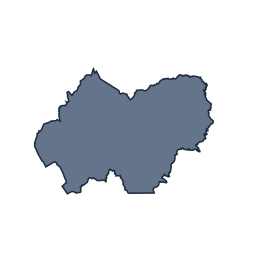 the district of Cotija, Michoacán, Mexico, rotated 235°
{"feature_id": "50627088B95001723612139", "entity_name": "Cotija", "entity_type": "district", "adm_level": 2, "iso_a3": "MEX", "parent_name": "Mexico", "parent_adm1": "Michoacán", "projection": "albers", "projection_center": [-102.699, 19.751], "detail": "fine", "context": "isolated", "style": "filled", "palette": "slate", "viewbox_px": 256, "rotation_deg": 235, "n_neighbors": 0, "source": "geoboundaries", "source_scale": "gbopen_adm2", "svg_char_len": 5761}
<svg xmlns="http://www.w3.org/2000/svg" viewBox="0 0 256 256"><g transform="rotate(235 128 128)"><path d="M117.4,217.4L118.4,217.3L118.8,217.7L119.8,217.7L119.9,217.4L119.5,216.5L119.8,216.3L121.1,216.1L121.7,216.4L122.3,216.4L122.9,216.3L123.5,215.5L124.8,216.1L125.8,216.2L127.3,215.8L127.9,216.4L128.1,215.3L129.0,215.3L129.4,215.0L132.8,211.7L132.8,211.0L133.4,210.6L133.3,210.0L134.2,209.2L133.9,208.0L134.2,207.7L135.0,208.0L135.7,207.4L136.7,207.4L137.3,205.9L138.3,205.9L138.4,204.5L139.0,204.1L139.1,202.4L139.9,202.5L141.6,201.5L141.7,200.1L142.1,199.8L141.6,198.5L141.7,198.1L140.9,195.2L141.8,194.3L142.1,193.7L143.0,193.6L142.9,193.2L142.5,192.6L143.5,191.5L143.5,190.8L145.2,189.1L145.6,189.4L146.2,188.3L146.1,188.0L146.2,187.8L147.3,186.6L147.1,185.6L148.1,184.8L147.8,183.8L147.9,183.3L148.2,182.8L148.0,180.9L147.5,180.3L147.5,179.6L147.0,179.1L146.9,178.5L147.3,177.8L147.8,177.5L147.5,177.3L147.4,176.8L147.6,176.6L147.6,176.0L148.3,174.1L148.0,172.8L148.6,172.6L149.5,171.8L149.8,171.5L149.9,170.6L149.6,169.5L148.9,168.9L148.8,168.6L149.0,167.9L148.6,167.6L148.6,166.9L148.3,165.7L148.3,164.3L149.2,162.8L149.9,162.2L150.7,161.9L154.0,156.7L153.6,156.5L153.3,155.9L152.9,154.9L152.9,153.5L151.4,152.4L150.5,150.8L150.0,149.1L149.9,146.8L149.7,146.2L150.5,146.0L154.0,146.0L154.9,145.8L156.0,146.4L156.8,146.2L157.2,145.6L159.4,144.0L159.9,142.8L160.3,141.2L161.2,141.0L162.9,141.7L163.7,141.9L165.0,141.5L183.3,133.8L184.3,133.6L192.7,134.7L192.1,132.1L194.7,133.0L195.8,133.7L196.3,133.7L195.3,132.1L191.9,127.8L193.7,126.8L195.1,124.6L195.1,122.9L193.8,120.5L193.7,115.9L194.2,116.0L191.8,114.7L190.6,113.3L190.6,112.1L189.9,110.3L188.0,108.1L188.3,104.7L186.9,101.3L187.4,101.3L187.3,100.6L191.9,100.3L192.3,98.9L191.7,98.1L189.9,97.7L189.5,97.5L189.0,96.6L183.6,94.9L183.6,94.6L184.1,93.2L184.4,92.7L184.8,92.5L183.3,92.3L183.1,91.6L182.7,91.0L182.9,90.8L182.5,90.3L182.3,89.3L182.9,89.0L183.1,88.4L183.8,87.6L183.8,87.1L184.2,86.8L184.2,86.2L184.7,84.8L184.6,84.5L183.7,84.3L183.9,83.6L183.8,82.5L182.5,82.4L182.5,82.0L181.7,81.4L181.6,80.9L180.4,80.9L179.2,79.7L179.2,79.4L178.5,79.2L177.1,78.2L174.0,76.8L172.5,76.4L175.5,74.7L175.4,73.2L175.7,72.3L176.4,71.4L176.8,70.4L177.6,69.5L177.8,68.9L177.9,66.7L179.5,61.3L176.9,57.3L175.8,55.0L176.1,54.2L175.9,53.9L176.7,53.4L176.5,53.2L175.7,53.1L175.6,52.2L175.4,51.5L175.7,50.8L175.5,50.2L174.1,49.4L169.3,42.9L168.8,43.1L168.1,42.1L166.7,41.1L158.0,39.4L150.3,38.7L148.5,39.2L144.1,38.6L143.4,38.3L143.4,39.2L143.1,39.6L143.1,42.5L142.7,45.0L142.7,47.2L142.2,47.8L142.5,48.4L141.4,49.1L139.9,49.5L138.8,48.8L134.8,49.9L127.4,48.7L123.5,47.5L121.2,47.3L118.8,46.4L118.0,40.6L108.9,40.6L108.2,45.7L106.5,47.3L104.2,48.4L104.3,48.8L103.0,51.2L102.7,52.6L105.4,54.6L107.0,55.1L106.6,56.4L106.8,57.0L107.5,57.2L107.6,57.8L106.9,58.5L106.5,59.3L106.8,60.6L106.9,63.4L107.3,64.2L107.9,64.8L108.6,66.0L109.4,66.9L109.4,67.7L109.2,68.0L107.9,69.2L107.2,69.3L107.2,69.9L106.7,70.9L106.8,71.2L102.3,72.8L98.8,78.8L97.9,78.8L97.4,79.1L96.8,78.8L96.6,79.0L97.4,79.8L97.5,80.1L98.7,80.2L99.4,81.3L99.1,81.6L99.3,82.0L99.9,82.0L100.3,82.4L101.1,82.6L101.3,82.8L101.3,84.5L102.3,85.6L102.0,86.1L103.3,86.9L104.5,88.7L104.3,89.3L104.4,89.8L103.0,89.8L103.0,90.2L101.4,90.8L101.5,91.2L101.1,92.1L101.0,91.9L99.9,92.1L98.8,91.5L98.5,91.6L98.3,90.8L98.2,90.7L97.8,91.1L96.7,91.2L96.2,91.1L95.7,91.2L95.6,90.9L94.0,93.3L93.5,93.6L93.4,94.4L92.4,94.2L91.4,93.2L90.2,93.7L88.8,93.7L88.1,93.2L87.5,93.6L87.0,93.2L85.8,92.5L84.7,91.6L82.4,91.7L81.7,91.1L81.2,91.5L80.8,91.4L80.1,90.9L79.8,90.3L79.0,90.0L78.5,90.3L77.7,91.1L77.0,91.2L74.9,90.8L74.6,91.0L74.6,91.4L73.8,91.7L59.7,112.2L63.5,113.4L64.0,114.6L63.9,116.1L63.2,118.2L63.3,119.1L63.7,120.4L65.6,122.3L65.8,123.1L65.4,123.8L64.7,123.9L64.0,125.1L62.6,126.6L62.4,127.2L61.4,127.6L61.2,128.1L61.5,128.8L62.6,128.9L63.7,128.8L64.4,128.3L66.0,128.0L67.7,127.0L68.4,127.5L68.3,129.3L68.5,129.9L69.1,130.4L69.2,130.8L68.7,130.6L68.4,131.3L67.5,131.4L66.7,131.9L66.4,132.5L65.4,132.8L65.4,132.7L65.0,132.9L64.6,134.1L66.2,134.5L66.4,134.4L66.8,134.7L67.0,135.5L67.8,135.7L67.6,136.5L67.9,136.7L67.6,137.1L67.9,137.8L69.1,138.8L71.5,141.3L72.9,141.6L73.1,142.2L73.5,142.6L73.8,143.3L73.7,145.2L73.9,146.0L75.0,147.9L76.1,149.0L77.1,149.6L78.0,150.4L78.1,150.8L78.6,150.9L78.4,152.7L78.7,152.9L78.8,153.2L78.7,153.5L79.3,153.5L80.5,154.1L80.6,154.5L81.5,155.8L81.4,157.3L81.2,157.8L80.9,157.9L80.6,158.7L80.0,159.4L80.1,159.7L80.6,160.1L80.5,161.2L78.8,161.4L76.2,163.8L76.4,164.4L76.2,164.6L74.9,165.2L75.8,166.1L73.5,167.0L73.3,167.3L73.1,167.4L72.9,167.8L73.0,168.1L72.4,168.8L72.2,170.6L71.9,171.3L70.9,171.6L70.3,171.5L68.1,172.4L67.4,173.2L67.7,173.7L68.6,173.6L69.4,173.2L70.4,173.2L70.5,173.6L70.3,174.1L70.8,174.3L71.4,173.7L72.9,174.1L74.2,173.9L74.8,173.4L75.5,174.2L75.1,175.2L74.6,175.7L75.5,177.3L75.3,179.1L74.8,179.9L74.4,181.2L74.4,182.5L75.0,183.3L74.7,185.3L74.9,185.8L76.3,185.9L77.7,186.9L78.9,186.3L79.4,186.7L79.3,187.2L77.6,188.2L77.5,189.0L78.5,189.4L79.9,189.5L80.6,190.0L80.6,190.5L79.9,191.8L80.4,192.3L81.4,191.4L81.9,191.3L82.2,191.9L82.0,193.8L82.2,194.7L82.7,195.0L82.8,196.0L83.5,197.4L83.5,198.5L83.2,199.6L83.3,200.4L83.5,200.7L83.9,200.9L84.0,201.2L84.9,201.8L86.6,201.5L87.6,201.0L88.9,201.2L89.2,201.1L92.4,201.3L92.7,201.5L93.4,202.8L95.3,203.0L95.4,203.3L96.4,204.0L96.3,204.5L95.6,205.0L95.4,205.8L96.3,205.6L96.7,206.1L96.6,207.2L98.9,208.9L99.8,210.0L105.6,208.6L109.3,209.4L110.3,209.9L110.4,210.5L111.8,209.8L112.0,210.5L111.9,211.7L113.1,211.6L113.6,211.8L114.2,211.3L114.8,211.3L115.1,211.8L115.4,211.6L115.8,212.0L114.6,213.0L115.0,214.1L115.2,214.3L116.6,214.2L116.7,214.5L116.2,215.1L116.3,215.4L117.3,215.6L117.4,215.8L117.2,216.6L117.4,217.4Z" fill="#64748b" stroke="#1e293b" stroke-width="1.5"/></g></svg>